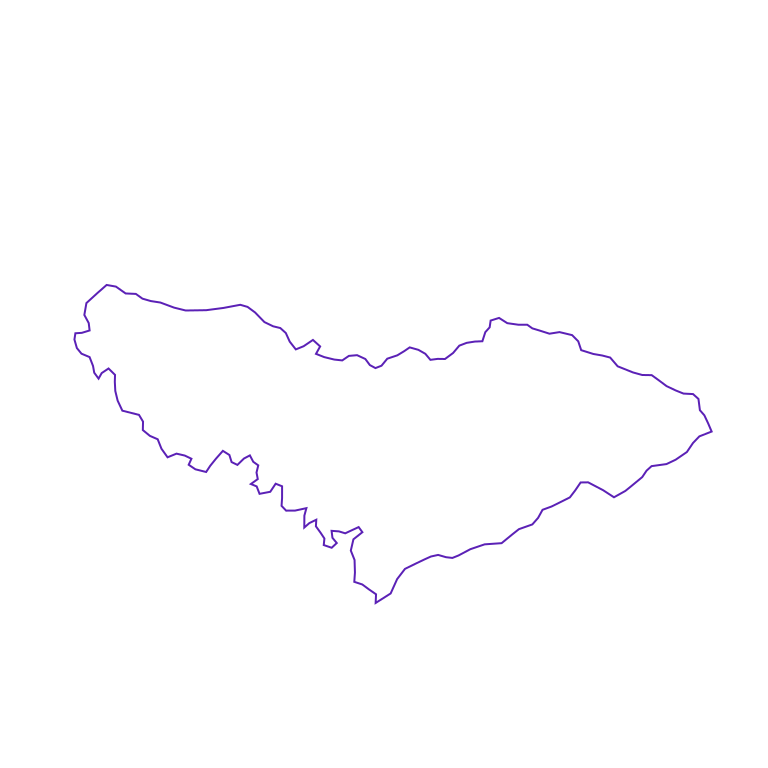 Gavião Peixoto, São Paulo, Brazil, rotated 42°
{"feature_id": "56859067B58111401621977", "entity_name": "Gavião Peixoto", "entity_type": "district", "adm_level": 2, "iso_a3": "BRA", "parent_name": "Brazil", "parent_adm1": "São Paulo", "projection": "albers", "projection_center": [-48.456, -21.78], "detail": "fine", "context": "isolated", "style": "outline", "palette": "violet", "viewbox_px": 768, "rotation_deg": 42, "n_neighbors": 0, "source": "geoboundaries", "source_scale": "gbopen_adm2", "svg_char_len": 2529}
<svg xmlns="http://www.w3.org/2000/svg" viewBox="0 0 768 768"><g transform="rotate(42 384 384)"><path d="M659.3,200.1L651.1,196.3L643.0,192.9L636.3,192.1L627.7,184.7L620.4,184.7L613.0,190.7L605.1,193.6L595.4,196.5L585.4,197.4L577.0,198.3L569.9,204.5L561.3,208.8L545.8,214.5L534.4,213.0L527.1,216.8L519.5,221.6L507.9,226.9L499.8,222.3L491.1,221.8L479.7,228.0L473.3,235.9L463.8,240.2L457.0,243.4L450.8,244.1L444.4,249.9L434.9,256.3L425.3,257.9L420.8,265.5L424.6,271.2L424.6,277.7L428.5,286.4L423.1,291.7L417.9,298.1L414.3,305.1L414.6,314.7L412.6,324.6L407.1,329.4L402.3,335.0L394.5,333.9L386.7,335.6L378.6,339.6L377.0,346.2L374.7,353.8L369.5,363.0L369.9,372.1L367.0,377.9L360.8,379.4L353.4,377.9L344.7,380.6L339.1,386.6L337.2,394.4L330.7,399.1L321.6,404.0L313.3,407.1L311.4,398.8L301.7,398.8L299.0,409.7L295.3,417.3L285.6,415.6L276.9,411.8L269.5,411.8L263.0,415.3L253.7,418.0L240.3,417.1L231.0,418.0L224.2,421.3L213.8,434.9L202.5,448.1L187.4,462.1L176.9,467.7L163.3,473.1L155.2,478.4L147.4,482.2L139.3,483.1L131.4,489.6L119.6,491.0L111.6,496.0L110.2,507.8L108.7,523.0L115.1,533.2L123.8,536.3L129.4,541.2L125.2,548.2L120.7,552.8L124.2,558.1L131.7,562.8L138.9,563.9L147.2,561.0L155.7,565.3L161.1,569.5L168.3,571.0L166.9,564.8L168.9,556.8L178.0,557.2L182.5,562.5L189.0,569.0L197.2,574.6L207.4,578.9L222.6,570.9L230.1,573.2L235.6,579.6L244.7,579.2L252.8,576.5L261.9,581.0L272.2,583.3L276.4,574.6L283.8,570.5L290.9,568.4L292.9,574.7L300.9,573.6L310.7,568.4L309.6,561.1L309.1,552.0L309.0,541.5L316.6,540.2L323.0,544.0L329.2,542.2L329.8,533.1L332.1,526.8L338.9,529.3L345.0,528.6L348.5,535.1L353.8,539.1L352.0,547.4L357.9,545.3L365.0,548.9L371.6,540.2L370.2,530.6L376.7,528.2L384.6,537.0L389.4,543.1L396.0,543.6L402.6,537.6L409.4,528.2L412.9,535.1L420.8,544.0L421.6,537.3L424.5,530.2L428.6,535.3L436.5,537.0L443.1,538.7L447.0,544.0L454.7,540.7L455.3,533.8L448.6,532.8L443.3,528.2L449.1,523.7L455.1,520.9L457.6,515.0L460.9,507.3L467.1,508.6L465.2,519.9L470.8,530.0L479.9,534.5L488.6,543.6L494.3,550.9L502.0,547.5L510.3,546.7L518.8,545.6L524.3,552.3L529.1,535.2L524.3,520.2L523.3,507.3L527.9,495.9L531.5,487.2L534.3,480.8L538.6,474.8L546.0,471.2L551.2,467.5L554.1,461.6L558.7,449.0L566.1,435.8L577.9,423.6L580.0,409.8L581.4,401.6L588.2,389.1L588.1,380.4L586.0,371.4L590.5,362.9L598.0,343.9L597.3,335.2L596.0,325.6L601.5,320.5L617.9,316.3L630.7,314.3L634.9,302.0L635.9,295.8L638.2,280.4L637.1,272.7L637.8,266.0L647.5,254.5L651.4,245.1L654.6,231.9L653.1,221.0L653.4,211.9L659.3,200.1Z" fill="none" stroke="#5b21b6" stroke-width="2"/></g></svg>